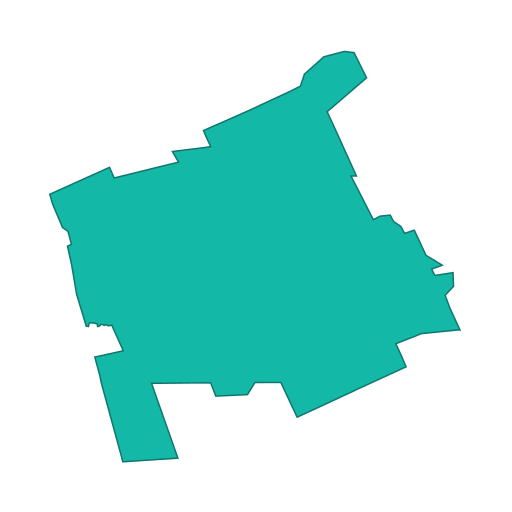 Hartford, Connecticut, United States of America (Albers equal-area conic projection), rotated 254°
{"feature_id": "52423323B68232654856936", "entity_name": "Hartford", "entity_type": "district", "adm_level": 2, "iso_a3": "USA", "parent_name": "United States of America", "parent_adm1": "Connecticut", "projection": "albers", "projection_center": [-72.721, 41.792], "detail": "fine", "context": "isolated", "style": "filled", "palette": "teal", "viewbox_px": 512, "rotation_deg": 254, "n_neighbors": 0, "source": "geoboundaries", "source_scale": "gbopen_adm2", "svg_char_len": 1281}
<svg xmlns="http://www.w3.org/2000/svg" viewBox="0 0 512 512"><g transform="rotate(254 256 256)"><path d="M372.2,74.8L361.7,74.8L348.0,76.5L336.7,77.9L331.6,82.0L327.3,82.0L318.0,81.8L318.0,81.7L317.4,77.5L297.9,76.3L268.6,73.0L235.3,73.5L234.4,75.6L236.6,76.5L237.6,77.9L236.3,81.5L234.4,84.9L234.0,84.9L232.7,84.2L231.8,84.4L231.7,85.7L232.2,86.9L233.1,87.8L232.3,89.6L231.2,90.9L231.2,93.2L229.6,94.8L229.2,98.3L224.8,98.9L201.5,102.3L203.3,73.2L184.6,72.9L175.5,72.3L175.4,72.3L111.4,71.5L100.0,71.4L94.9,71.2L83.2,125.2L162.4,120.5L151.8,158.9L146.5,177.5L132.4,178.7L125.1,209.6L134.7,220.1L127.6,245.0L89.7,251.1L99.5,313.8L99.8,315.2L108.1,369.7L118.9,368.4L133.1,366.3L135.8,393.6L129.3,429.5L128.6,431.7L152.6,428.0L166.1,427.0L172.5,437.6L181.0,439.6L185.7,440.8L188.0,422.6L195.0,421.2L195.8,432.5L209.8,419.6L237.2,415.3L236.8,405.1L244.5,403.4L251.3,397.7L258.3,396.3L260.1,386.3L258.6,378.8L306.7,369.4L305.2,374.6L353.4,367.5L375.1,364.2L396.8,411.4L418.0,407.5L424.5,406.3L428.3,397.3L428.8,376.2L417.5,352.7L407.0,345.5L404.7,332.9L400.2,304.1L398.0,290.5L393.3,256.6L392.6,251.1L391.1,240.1L385.9,240.7L373.6,242.6L374.7,234.7L379.5,204.5L367.5,207.4L368.0,197.6L370.1,141.2L381.6,139.6L372.2,74.8Z" fill="#14b8a6" stroke="#0f766e" stroke-width="1.5"/></g></svg>